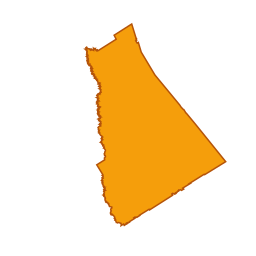 outline of Edward River, New South Wales, Australia, rotated 50°
{"feature_id": "25037944B16722839752740", "entity_name": "Edward River", "entity_type": "district", "adm_level": 2, "iso_a3": "AUS", "parent_name": "Australia", "parent_adm1": "New South Wales", "projection": "natural_earth1", "projection_center": [144.82, -35.234], "detail": "fine", "context": "isolated", "style": "filled", "palette": "amber", "viewbox_px": 256, "rotation_deg": 50, "n_neighbors": 0, "source": "geoboundaries", "source_scale": "gbopen_adm2", "svg_char_len": 5865}
<svg xmlns="http://www.w3.org/2000/svg" viewBox="0 0 256 256"><g transform="rotate(50 128 128)"><path d="M202.2,175.2L203.8,164.1L204.6,164.2L208.2,137.1L206.7,136.9L206.7,135.9L207.5,135.7L207.6,135.1L208.4,134.9L208.2,134.4L208.8,134.1L208.6,133.7L208.9,133.3L208.3,132.9L208.8,132.4L208.7,131.5L208.4,131.2L208.8,130.1L208.8,129.9L208.3,130.0L208.1,129.2L208.5,129.1L208.3,128.8L208.7,128.5L209.0,127.5L210.2,127.1L210.6,124.6L209.2,124.8L210.5,116.1L210.0,116.5L212.4,99.4L213.0,99.3L216.6,74.8L168.5,73.9L154.1,73.8L153.8,74.0L149.8,73.4L149.5,73.7L145.8,73.9L143.8,73.6L104.7,73.3L78.4,69.1L69.1,65.1L68.9,66.4L66.1,66.0L66.3,64.9L65.0,64.7L65.2,63.4L64.9,64.3L50.7,58.3L48.0,79.0L52.4,80.0L49.5,101.3L49.3,101.2L49.0,101.8L48.3,101.3L47.9,102.2L48.6,102.0L48.5,102.5L47.5,102.3L47.2,102.6L47.0,102.4L46.5,102.8L46.7,102.2L46.3,102.1L46.2,102.8L46.0,102.2L45.8,102.6L45.4,102.7L45.2,103.3L44.7,103.3L45.1,103.7L45.6,103.4L45.5,104.0L46.3,104.5L45.5,104.8L44.9,105.7L44.0,105.5L44.1,106.2L43.5,106.3L43.8,106.7L43.3,106.7L43.1,106.3L41.5,107.6L40.4,107.9L39.5,107.7L39.4,108.6L40.7,108.7L40.0,110.1L41.7,109.5L41.9,110.1L42.5,109.8L43.3,110.1L43.5,110.4L43.2,110.6L44.0,111.4L44.3,111.3L44.4,111.7L45.5,111.7L45.3,112.4L46.8,112.3L46.2,113.2L46.3,113.6L46.9,112.9L47.0,113.7L47.5,113.5L47.9,114.0L47.9,113.5L48.5,113.6L48.3,114.1L49.6,114.0L49.7,114.5L50.1,114.6L49.7,115.1L49.7,115.7L50.2,115.7L49.9,116.1L51.1,116.6L51.1,115.6L51.4,115.4L52.0,115.8L51.6,116.2L52.7,117.5L53.5,117.5L53.4,116.6L53.6,117.4L53.9,117.4L53.8,117.0L54.4,116.4L54.5,117.2L54.8,117.4L55.1,117.3L54.8,117.0L55.3,117.1L55.4,116.6L55.8,116.4L56.1,116.5L55.9,117.2L57.2,116.4L57.9,116.5L57.6,117.2L57.9,117.7L58.6,117.2L59.4,117.1L59.0,117.7L58.2,118.2L58.5,118.6L59.4,118.3L59.9,119.1L60.4,118.2L60.7,118.2L60.6,119.0L61.0,119.5L61.5,118.8L62.0,118.7L61.5,119.8L62.2,119.6L62.8,120.1L62.9,120.9L63.2,121.0L63.4,120.9L63.4,120.1L63.9,119.6L64.2,120.6L65.1,119.6L65.8,120.7L66.2,120.0L66.5,120.6L67.4,120.2L67.7,120.5L67.6,121.1L68.3,121.8L68.7,121.4L68.8,120.3L69.9,121.3L70.3,121.1L69.9,120.8L70.6,120.4L70.5,121.1L70.7,120.8L71.4,121.4L72.0,120.9L72.2,121.3L73.4,121.4L74.1,122.0L75.0,121.0L75.2,122.2L75.8,121.3L75.9,122.0L76.4,122.4L77.3,121.7L77.6,122.5L77.4,123.7L78.6,123.4L78.6,123.1L77.8,123.1L78.1,122.3L78.4,122.3L78.4,123.0L78.9,122.7L79.0,123.4L79.8,123.1L79.4,123.4L79.9,124.0L79.5,124.8L80.9,124.3L80.7,125.2L81.2,124.6L81.5,125.0L81.9,124.9L82.1,125.3L83.3,125.6L83.1,126.3L82.7,126.5L83.0,127.2L83.7,127.3L83.5,127.6L83.9,128.0L82.7,128.5L82.8,129.1L82.0,129.5L82.5,129.3L82.8,129.9L83.4,129.6L83.8,130.0L83.9,130.4L82.9,130.7L83.0,131.0L83.6,130.8L83.5,131.6L83.9,130.9L84.7,130.9L85.2,131.4L84.8,132.1L85.2,131.9L85.6,132.2L86.1,131.8L86.0,132.6L87.5,132.7L86.8,133.2L87.1,133.6L87.7,133.5L88.2,133.9L88.1,134.2L87.5,133.7L87.8,135.1L88.7,134.3L88.5,134.9L88.7,135.6L89.1,135.2L89.5,136.0L90.0,135.0L89.8,136.1L90.8,135.4L91.3,136.7L91.8,137.3L92.6,136.4L93.0,136.6L93.4,136.2L93.3,136.9L94.0,136.6L93.8,137.1L94.3,137.6L93.6,138.0L93.8,138.2L94.1,138.0L94.0,138.5L94.7,138.6L94.3,139.1L95.1,139.3L94.7,140.0L95.8,139.8L95.6,140.3L96.0,140.7L96.8,140.2L96.6,140.7L96.8,141.0L97.3,140.9L97.0,141.6L97.4,142.2L97.7,142.2L97.7,141.6L98.0,141.6L98.3,142.1L98.7,141.6L99.0,142.3L99.6,141.8L99.9,142.5L100.3,142.7L100.4,142.0L100.8,141.6L101.0,142.3L101.3,141.9L102.0,141.7L101.7,142.2L102.3,142.3L102.8,143.1L102.2,143.6L102.7,144.1L102.4,144.5L102.2,143.9L101.6,143.9L102.1,144.1L101.9,145.1L102.8,144.6L103.5,145.7L104.4,144.9L104.7,145.3L105.7,144.8L106.2,145.6L107.0,145.6L107.4,146.0L106.8,146.6L107.3,146.6L107.1,147.3L107.5,147.0L108.0,147.8L108.4,147.3L108.9,147.5L108.2,149.4L108.4,150.7L109.6,151.0L109.9,151.6L110.7,151.7L111.1,152.2L111.4,151.6L111.9,152.8L113.0,152.6L112.9,153.6L114.1,153.2L114.4,153.5L116.2,153.7L116.8,153.3L118.4,153.2L118.1,153.8L118.4,154.4L118.7,154.6L119.0,154.2L119.3,154.4L119.1,155.4L120.7,155.0L120.5,156.1L120.9,156.5L121.1,157.7L121.9,157.3L122.2,157.5L121.8,158.2L123.2,157.7L123.5,158.3L124.2,158.1L124.9,158.5L124.8,158.0L125.1,157.7L125.5,158.5L125.9,158.5L126.3,158.1L127.6,158.7L127.4,159.1L127.6,159.5L128.0,159.0L128.6,159.4L130.2,159.4L131.0,160.0L131.4,161.1L132.5,162.3L132.5,162.9L133.5,163.2L134.0,163.6L134.5,163.1L135.6,163.8L135.8,165.4L137.4,166.3L136.1,175.6L147.6,177.3L147.7,178.1L148.2,177.7L149.0,178.1L149.2,178.9L149.5,178.8L149.4,179.7L150.4,179.6L150.2,180.1L150.5,180.4L150.4,180.8L151.3,181.3L151.3,182.0L152.0,181.6L151.9,182.1L152.6,182.1L153.0,182.8L153.5,182.3L154.1,183.6L154.8,183.6L155.0,183.3L156.1,184.1L156.4,183.9L156.6,184.3L157.3,184.0L157.4,184.4L157.7,184.3L158.0,184.7L158.5,184.1L158.5,184.4L159.6,184.6L159.5,185.1L160.1,185.2L159.9,185.6L160.4,185.5L160.2,186.1L160.8,185.9L160.5,186.3L160.9,186.5L160.7,186.8L160.9,187.4L162.0,187.3L162.6,188.6L163.2,188.6L163.2,189.0L163.7,189.1L163.4,190.1L164.5,189.6L164.7,189.9L164.5,190.3L164.8,190.4L165.4,190.0L165.6,190.3L166.8,190.2L167.5,190.7L167.4,191.2L168.9,192.1L169.1,191.9L169.6,192.2L170.2,191.9L170.4,192.6L170.9,192.6L171.8,191.6L172.3,191.9L172.9,191.5L173.3,191.8L173.8,191.5L174.2,192.1L175.2,192.1L175.6,192.5L176.3,192.6L178.1,191.2L178.9,191.8L178.9,193.0L179.3,193.6L180.1,194.1L180.7,194.1L181.4,195.7L181.9,195.8L182.1,196.3L182.8,196.6L183.7,196.7L184.0,196.3L183.7,195.6L184.3,195.5L184.6,195.9L185.4,195.4L187.5,195.4L188.0,195.7L188.3,196.5L189.0,196.1L189.4,196.7L190.2,196.5L190.3,197.2L190.8,196.9L192.9,197.7L193.4,197.1L194.0,197.0L194.3,196.0L195.7,195.1L196.3,195.1L196.5,194.7L197.6,195.1L198.3,196.0L198.7,193.2L200.2,193.5L200.3,192.5L199.9,192.4L200.1,191.3L200.5,191.4L200.7,190.4L199.9,190.2L200.1,189.4L200.7,189.5L201.1,187.3L200.7,187.2L201.5,181.5L200.5,181.4L200.7,179.9L201.6,180.1L201.9,178.2L202.2,178.2L202.6,175.2L202.2,175.2Z" fill="#f59e0b" stroke="#b45309" stroke-width="1.5"/></g></svg>